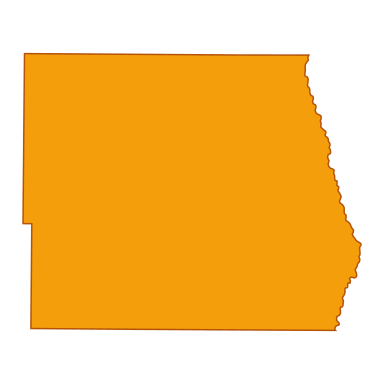 Pembina, North Dakota, United States of America (Albers equal-area conic projection)
{"feature_id": "52423323B24684286646871", "entity_name": "Pembina", "entity_type": "district", "adm_level": 2, "iso_a3": "USA", "parent_name": "United States of America", "parent_adm1": "North Dakota", "projection": "albers", "projection_center": [-97.186, 48.772], "detail": "fine", "context": "isolated", "style": "filled", "palette": "amber", "viewbox_px": 384, "rotation_deg": 0, "n_neighbors": 0, "source": "geoboundaries", "source_scale": "gbopen_adm2", "svg_char_len": 2440}
<svg xmlns="http://www.w3.org/2000/svg" viewBox="0 0 384 384"><path d="M30.9,328.5L134.7,329.3L335.6,330.4L334.9,329.5L335.0,327.8L335.3,327.0L335.8,326.3L337.8,325.1L338.7,325.1L339.1,324.4L339.2,323.5L338.5,322.2L337.6,321.6L336.8,320.6L336.6,319.8L336.7,317.4L337.2,316.3L339.4,315.3L340.3,313.9L340.5,312.6L340.5,310.8L340.2,309.7L340.2,308.1L340.7,307.2L342.1,306.9L342.6,306.4L342.9,305.6L343.4,301.3L343.2,300.2L342.5,299.0L342.6,297.6L342.9,296.7L343.7,295.8L344.8,293.3L345.1,291.4L344.8,290.2L345.1,288.4L345.6,287.8L346.9,287.8L347.5,287.4L347.8,285.8L347.5,284.3L348.0,283.1L349.8,283.2L350.1,282.8L350.4,281.8L350.3,280.5L349.7,279.6L349.7,278.3L349.9,277.9L351.7,277.1L354.0,277.9L355.3,277.6L356.2,276.9L356.6,276.2L356.7,275.1L356.1,272.4L355.2,270.0L355.5,269.0L356.8,267.1L357.6,264.2L358.1,263.1L359.2,262.0L359.7,260.6L359.7,258.6L358.9,256.8L359.3,255.7L359.9,255.0L360.0,252.9L359.6,247.9L359.9,246.9L360.8,245.3L361.0,244.6L360.9,243.9L360.4,243.2L356.5,240.8L352.6,235.4L352.3,233.7L353.2,232.7L353.5,230.1L351.5,227.5L350.2,224.2L349.4,223.0L346.3,220.6L345.8,219.8L345.6,219.0L346.0,217.8L346.1,215.7L345.9,214.9L344.4,213.7L344.2,212.8L344.2,207.7L342.8,205.1L340.0,202.8L339.6,202.2L339.5,201.2L341.0,197.4L341.0,196.0L339.0,192.1L338.5,191.7L338.1,190.9L338.0,190.3L338.1,189.6L338.5,189.0L338.8,187.0L338.4,186.5L337.2,185.8L336.9,185.2L337.0,183.0L337.2,181.6L336.8,180.9L335.6,180.6L334.9,179.9L334.7,178.6L334.6,175.9L333.7,173.3L333.7,172.4L334.1,171.3L334.1,170.7L333.8,169.8L332.7,169.0L330.5,168.3L329.3,167.1L328.7,166.1L328.1,164.5L329.0,160.7L327.8,158.2L327.7,155.9L328.0,155.0L329.8,153.9L330.4,153.2L330.6,152.6L330.4,150.0L329.2,147.7L329.3,146.9L329.9,145.6L329.9,143.7L328.5,141.4L328.1,138.6L327.2,137.3L326.0,136.6L325.3,135.9L325.2,135.0L325.9,132.2L325.7,131.5L325.1,130.8L324.0,130.2L321.0,127.3L320.7,126.2L321.0,124.6L321.1,123.4L320.3,120.9L321.0,119.1L321.1,116.5L320.7,115.6L317.2,113.9L316.1,112.9L315.2,110.6L315.3,109.6L316.0,107.1L315.8,105.5L315.2,104.7L313.2,103.7L312.7,102.2L312.7,100.6L313.4,98.9L313.3,97.5L312.9,96.4L310.6,95.0L309.8,92.3L309.7,89.3L309.3,87.9L307.6,86.1L307.5,85.2L308.1,80.5L308.1,78.9L307.8,78.0L307.4,77.1L305.4,76.2L304.9,75.5L304.8,74.2L305.3,70.4L305.1,65.9L305.6,64.0L306.8,62.0L308.1,60.6L308.3,59.4L307.8,57.8L307.9,57.1L308.9,55.1L236.6,55.0L24.5,53.6L23.0,223.6L31.8,223.7L30.9,328.5Z" fill="#f59e0b" stroke="#b45309" stroke-width="1.5"/></svg>